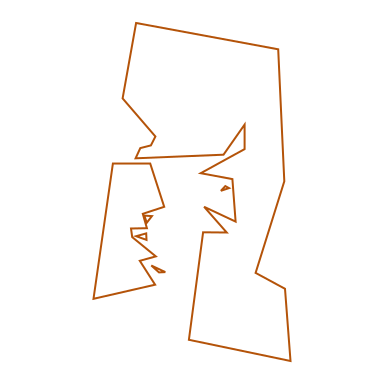 the border of Los Lagos
{"feature_id": "CHL-2704", "entity_name": "Los Lagos", "entity_type": "Region", "adm_level": 1, "iso_a3": "CHL", "parent_name": "Chile", "parent_adm1": "", "projection": "robinson", "projection_center": [-73.115, -42.159], "detail": "coarse", "context": "isolated", "style": "outline", "palette": "amber", "viewbox_px": 384, "rotation_deg": 0, "n_neighbors": 0, "source": "natural_earth", "source_scale": "10m", "svg_char_len": 727}
<svg xmlns="http://www.w3.org/2000/svg" viewBox="0 0 384 384"><path d="M284.3,181.3L255.6,272.9L285.0,288.8L290.5,361.0L188.9,339.8L203.1,232.3L226.7,232.5L204.1,206.8L235.6,221.6L232.4,179.1L200.7,173.2L244.6,149.1L244.6,124.6L223.5,154.7L135.6,158.3L140.3,148.1L150.9,145.4L155.4,136.5L122.6,98.4L136.1,23.0L278.2,49.3L284.3,181.3ZM93.5,298.8L112.9,163.5L150.2,163.5L164.2,206.8L142.8,213.8L146.9,228.2L131.0,228.5L132.2,237.1L155.8,256.4L139.8,260.8L155.1,284.7L93.5,298.8ZM151.9,216.1L146.8,222.7L144.3,215.6L151.9,216.1ZM229.0,188.1L220.9,190.8L225.3,186.1L229.0,188.1ZM159.0,272.4L151.3,265.5L165.3,272.1L159.0,272.4ZM146.2,233.4L146.5,239.9L136.2,236.2L146.2,233.4Z" fill="none" stroke="#b45309" stroke-width="2"/></svg>